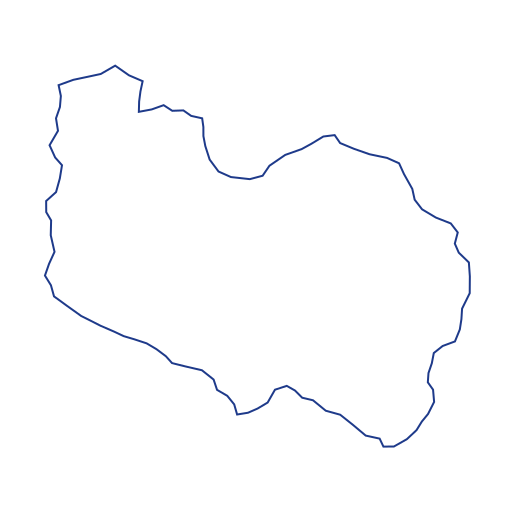 outline of Bom Jesus dos Perdões, São Paulo, Brazil, rotated 266°
{"feature_id": "56859067B70842642043037", "entity_name": "Bom Jesus dos Perdões", "entity_type": "district", "adm_level": 2, "iso_a3": "BRA", "parent_name": "Brazil", "parent_adm1": "São Paulo", "projection": "albers", "projection_center": [-46.478, -23.173], "detail": "fine", "context": "isolated", "style": "outline", "palette": "blue", "viewbox_px": 512, "rotation_deg": 266, "n_neighbors": 0, "source": "geoboundaries", "source_scale": "gbopen_adm2", "svg_char_len": 1497}
<svg xmlns="http://www.w3.org/2000/svg" viewBox="0 0 512 512"><g transform="rotate(266 256 256)"><path d="M156.9,448.5L168.5,454.2L178.6,456.5L189.1,457.9L204.0,466.6L220.7,467.9L234.7,467.9L245.2,458.5L254.5,455.2L265.4,458.9L274.9,452.6L281.8,438.1L291.0,424.9L301.1,418.2L312.0,416.6L327.5,409.3L338.5,405.2L344.7,393.6L349.6,376.3L356.1,361.2L362.8,347.8L371.1,342.9L370.5,331.5L364.0,318.9L359.5,309.1L354.8,292.2L345.1,275.7L335.6,268.2L333.1,255.2L336.5,236.5L342.9,224.5L355.4,216.5L369.2,213.1L379.3,211.9L388.3,212.5L397.1,211.9L400.3,201.1L406.3,193.7L406.7,182.6L412.9,174.4L409.5,162.2L408.0,149.2L418.3,150.2L428.2,152.2L438.3,155.1L445.1,141.9L455.7,128.8L448.4,113.8L446.6,101.2L444.5,86.1L440.2,71.0L429.2,72.5L418.3,70.8L407.3,66.1L394.7,67.2L380.9,57.8L368.3,62.5L360.1,68.8L347.0,65.7L333.7,61.0L325.5,50.5L314.4,49.8L305.8,54.1L291.0,52.7L274.2,55.3L262.6,49.0L251.2,44.1L241.1,49.4L229.8,51.7L219.7,63.7L208.3,77.5L203.6,85.5L197.3,96.0L190.5,109.1L185.3,118.4L181.4,128.8L176.5,140.8L170.0,150.2L162.3,159.1L155.0,164.8L150.7,178.1L145.8,194.1L135.7,205.1L125.2,207.8L118.5,217.6L109.5,223.9L99.2,226.1L100.2,237.1L103.7,246.9L109.0,257.4L121.3,265.6L124.3,277.6L119.1,285.5L111.4,292.2L108.1,302.8L96.8,314.8L91.8,328.9L80.8,340.9L69.2,352.9L65.2,366.6L57.0,369.8L56.3,380.2L62.8,393.8L71.1,404.0L79.3,409.9L86.4,416.6L98.0,423.5L110.3,423.3L118.0,418.6L127.2,419.9L136.7,423.9L146.8,426.6L153.2,435.9L156.9,448.5Z" fill="none" stroke="#1e3a8a" stroke-width="2"/></g></svg>